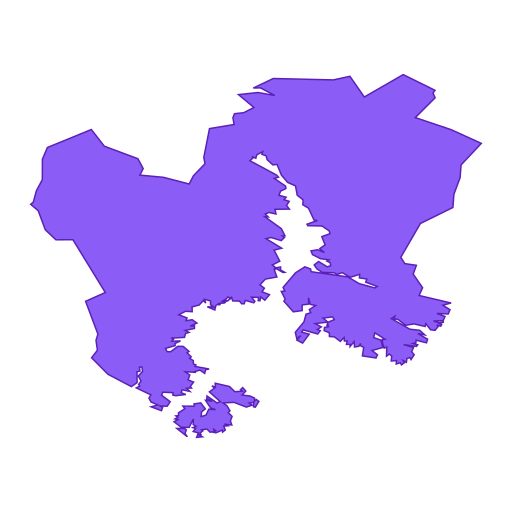 Kristiansand nor, Vest-Agder, Norway
{"feature_id": "86288312B34972554267052", "entity_name": "Kristiansand nor", "entity_type": "district", "adm_level": 2, "iso_a3": "NOR", "parent_name": "Norway", "parent_adm1": "Vest-Agder", "projection": "robinson", "projection_center": [8.031, 58.172], "detail": "fine", "context": "isolated", "style": "filled", "palette": "violet", "viewbox_px": 512, "rotation_deg": 0, "n_neighbors": 0, "source": "geoboundaries", "source_scale": "gbopen_adm2", "svg_char_len": 6104}
<svg xmlns="http://www.w3.org/2000/svg" viewBox="0 0 512 512"><path d="M481.3,143.4L451.0,129.6L415.3,117.6L435.1,97.8L433.0,93.1L435.0,90.3L403.2,74.6L364.3,97.0L349.9,76.3L333.4,79.9L273.3,78.5L253.3,88.0L260.5,87.9L274.8,95.5L258.0,92.5L238.5,94.6L253.9,107.5L243.7,112.7L234.5,113.7L232.9,117.7L234.1,124.5L209.5,128.6L203.8,157.4L205.0,163.7L193.4,175.8L189.2,184.0L163.4,177.3L139.9,175.1L143.2,168.6L137.9,158.7L104.3,146.2L91.3,129.5L47.4,147.5L42.4,159.2L42.3,179.7L36.4,190.7L33.3,202.1L30.7,204.3L38.2,210.7L45.3,229.8L55.9,239.8L72.9,239.7L105.3,292.5L85.6,301.3L97.9,334.1L96.0,340.3L97.4,350.2L91.6,357.8L108.0,374.3L131.4,386.6L137.1,382.6L137.0,371.8L140.0,371.1L139.4,367.2L141.9,367.0L142.6,371.4L138.3,376.0L141.1,381.1L138.6,384.5L139.8,386.1L136.3,387.9L150.9,394.9L148.9,398.1L150.9,401.9L158.0,405.0L151.1,406.8L161.5,410.7L162.7,407.1L159.4,406.0L167.2,406.2L170.2,401.7L161.6,395.2L162.8,392.2L173.0,392.7L172.9,395.1L175.7,395.7L185.8,394.5L181.2,392.7L182.2,389.8L189.8,391.4L186.5,388.3L191.5,388.0L190.3,386.4L193.6,382.1L188.1,379.9L189.8,375.1L185.2,371.7L196.0,372.4L194.7,371.6L200.0,370.1L204.7,373.4L205.6,369.7L209.1,369.0L195.0,366.4L195.9,364.9L193.4,364.0L193.3,360.6L189.6,358.3L191.2,356.8L187.0,352.7L189.0,351.4L183.2,346.4L177.9,346.3L170.5,351.8L167.0,351.6L165.5,348.4L175.2,345.6L174.9,343.6L180.5,340.9L171.9,341.2L173.5,339.2L171.2,338.1L184.5,337.4L185.5,333.5L189.0,332.4L185.1,330.4L194.4,328.5L194.5,325.9L190.2,326.1L196.9,323.1L192.2,319.7L186.1,320.7L187.0,317.9L178.8,314.8L185.5,311.3L192.2,311.7L192.1,306.9L199.2,305.0L203.4,300.5L205.7,303.1L204.5,299.3L210.5,300.9L210.5,304.7L213.9,307.0L207.3,306.8L214.8,310.0L215.9,305.4L217.3,304.5L218.9,304.8L219.8,304.7L220.2,304.1L218.3,304.2L218.7,303.4L224.4,303.0L225.6,301.9L222.3,301.3L224.1,300.1L224.2,301.0L224.9,300.5L225.8,301.1L228.6,300.7L226.4,300.6L225.3,299.7L228.0,296.9L230.2,298.7L227.8,300.5L230.6,298.7L229.8,297.9L231.6,297.2L232.7,300.9L239.5,301.1L241.7,303.8L244.2,303.8L245.3,300.4L253.8,302.8L254.9,301.3L251.6,297.2L258.6,297.4L258.2,300.6L259.9,300.8L260.8,297.0L264.8,300.2L269.5,294.7L262.0,291.8L264.4,288.2L260.0,284.9L265.3,279.1L276.9,277.0L274.3,269.7L275.7,268.9L274.0,268.4L275.5,268.2L283.0,272.5L284.7,272.3L280.5,269.9L280.6,267.0L275.9,267.8L272.3,265.0L279.8,261.2L274.1,250.1L281.7,248.2L266.0,238.7L271.0,237.5L281.3,240.6L284.4,237.5L282.4,235.9L285.0,235.8L281.4,228.7L264.8,216.7L268.2,216.9L265.2,214.0L269.0,212.5L276.0,214.0L275.0,209.3L289.4,209.1L286.5,205.5L289.2,201.3L284.0,199.7L286.1,197.2L278.9,195.3L280.6,191.1L285.9,188.6L285.6,186.1L274.3,178.4L278.5,177.2L276.6,175.1L249.9,160.7L253.2,157.8L251.9,156.4L255.8,158.3L256.8,154.8L262.7,151.7L261.9,154.3L266.2,155.9L267.1,159.6L272.8,164.9L277.0,164.4L281.4,175.1L287.6,182.4L295.5,185.9L297.2,195.2L303.1,199.9L302.8,204.7L308.5,208.2L314.0,220.0L317.4,220.5L307.0,224.2L307.8,225.7L322.0,226.0L329.1,230.8L330.0,233.7L321.8,236.6L325.1,244.8L319.8,248.6L324.4,252.6L317.7,249.7L311.0,250.9L312.5,254.6L320.6,258.7L328.9,259.8L326.9,261.1L330.2,262.7L330.7,265.7L327.2,266.8L318.6,261.5L314.2,264.9L316.7,268.7L322.2,272.4L334.4,272.8L337.1,274.4L342.2,272.6L350.2,277.3L359.7,274.3L359.4,277.9L366.8,279.0L365.7,282.2L377.2,286.4L374.8,287.9L359.1,283.6L347.8,276.9L311.1,271.7L310.6,269.0L304.9,266.8L295.5,272.8L283.1,287.4L284.8,291.2L281.3,291.4L285.2,299.2L283.9,301.2L293.3,311.8L302.2,310.6L302.1,305.0L308.6,304.1L308.5,297.8L310.3,304.4L315.6,305.5L309.3,309.6L310.7,312.7L306.0,314.2L304.0,321.8L295.3,332.3L296.7,338.4L300.8,335.7L296.9,340.1L302.6,343.1L309.2,334.2L301.6,332.1L303.2,329.9L317.7,334.0L320.3,330.7L317.3,329.5L321.3,326.9L315.2,323.6L327.9,322.1L323.1,318.1L332.6,316.9L334.3,319.6L327.8,322.3L326.8,326.1L327.9,324.4L328.5,326.8L324.5,327.4L324.1,330.6L329.3,332.7L329.4,336.5L334.4,336.9L340.3,341.4L344.1,337.5L344.4,341.0L347.2,341.0L346.4,344.4L350.1,344.4L350.1,346.5L354.1,341.6L354.5,347.0L358.9,346.3L360.6,343.4L360.3,345.6L363.7,347.4L362.4,355.9L376.0,358.0L377.5,354.8L372.0,350.5L382.8,347.5L381.0,340.1L373.7,337.6L374.8,332.8L385.0,339.2L382.4,339.5L382.4,342.6L384.2,348.1L386.7,347.1L386.5,356.2L389.3,354.1L391.7,356.0L391.2,361.0L396.5,360.6L396.2,364.0L400.3,362.8L401.5,364.9L404.4,362.7L403.1,360.6L406.4,362.3L406.9,358.6L409.9,357.5L411.0,359.6L414.2,354.8L411.7,351.7L413.5,347.5L403.6,344.6L416.5,346.4L417.7,344.8L412.9,343.4L415.9,342.7L416.1,340.2L426.5,342.8L427.6,339.2L417.8,333.5L424.8,334.9L419.7,330.3L409.9,329.2L391.3,318.6L394.9,316.2L393.8,319.2L397.7,319.2L405.6,325.3L414.0,323.9L425.1,326.5L425.8,323.7L430.6,329.8L435.1,330.3L438.2,326.4L436.8,324.9L440.7,326.2L441.6,324.7L439.6,323.6L444.0,321.9L439.2,322.7L433.4,321.0L443.2,320.6L445.0,316.5L436.9,313.4L448.2,314.0L450.0,309.7L442.8,305.2L451.1,303.0L419.1,295.5L422.6,287.7L413.2,274.1L416.4,265.3L404.8,263.6L400.8,257.3L420.4,223.5L452.9,207.5L453.9,194.3L460.1,177.7L461.1,164.9L481.3,143.4ZM229.5,386.5L215.2,383.2L215.4,387.2L211.9,385.8L214.5,388.1L209.4,391.9L220.3,401.7L217.0,402.9L207.0,396.0L206.7,399.2L209.3,399.5L211.9,401.2L205.5,400.3L210.6,408.0L215.6,409.6L208.8,409.2L206.0,415.1L201.2,416.6L201.5,412.0L205.3,408.9L200.8,402.9L194.0,403.9L194.3,406.2L182.9,406.1L184.9,408.7L178.5,412.8L178.5,415.6L175.9,415.9L177.8,417.4L175.0,418.9L177.9,419.7L174.0,421.7L182.6,428.4L176.8,428.4L187.4,436.8L185.0,433.4L186.3,429.9L183.3,427.3L189.1,427.4L193.3,419.1L193.2,424.5L196.1,426.4L192.9,427.6L195.6,428.5L193.2,431.5L198.4,432.9L196.6,437.4L202.3,436.8L198.8,435.0L201.0,434.7L200.0,433.1L202.8,430.9L201.5,429.8L206.9,429.0L210.1,432.2L214.2,431.6L213.7,429.3L215.7,430.6L213.8,432.4L215.9,432.8L222.3,430.1L222.6,432.1L225.3,430.0L223.7,426.1L227.6,425.8L224.3,424.1L231.8,425.0L230.4,420.8L232.1,416.4L228.2,412.6L230.0,410.8L227.0,405.8L223.0,402.9L234.1,402.4L246.4,407.1L252.2,405.1L249.1,403.1L253.8,402.3L253.4,406.7L255.3,407.2L258.9,401.4L256.3,399.5L254.3,401.2L254.6,398.1L250.0,396.0L242.1,395.0L245.8,391.1L242.7,387.6L240.5,389.7L242.2,391.2L234.8,391.7L229.5,386.5Z" fill="#8b5cf6" stroke="#5b21b6" stroke-width="1.5"/></svg>